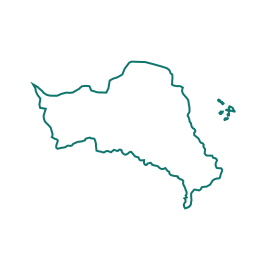 Kunak, Sabah, Malaysia, rotated 11°
{"feature_id": "92858781B10132292463184", "entity_name": "Kunak", "entity_type": "district", "adm_level": 2, "iso_a3": "MYS", "parent_name": "Malaysia", "parent_adm1": "Sabah", "projection": "albers", "projection_center": [118.158, 4.693], "detail": "fine", "context": "isolated", "style": "outline", "palette": "teal", "viewbox_px": 256, "rotation_deg": 11, "n_neighbors": 0, "source": "geoboundaries", "source_scale": "gbopen_adm2", "svg_char_len": 4614}
<svg xmlns="http://www.w3.org/2000/svg" viewBox="0 0 256 256"><g transform="rotate(11 128 128)"><path d="M55.0,151.5L58.4,152.6L60.2,152.8L61.4,153.5L61.5,155.3L61.1,157.0L61.0,158.7L61.0,160.2L61.7,161.3L62.9,161.8L64.4,161.1L66.4,160.1L68.7,159.5L70.4,158.6L71.4,157.3L73.1,156.6L75.0,156.6L76.4,155.7L77.3,153.9L79.0,152.8L81.1,151.3L84.5,150.2L86.3,149.4L88.0,148.4L88.4,146.7L90.7,145.4L92.5,144.7L93.7,145.2L95.2,145.0L96.9,145.0L98.1,146.5L99.6,149.8L100.0,151.9L100.8,154.2L101.4,156.2L103.2,156.5L105.5,156.4L107.3,156.6L109.1,156.6L110.7,155.1L112.3,154.4L114.5,154.8L115.9,155.1L117.0,153.8L118.4,152.1L120.3,152.4L122.3,152.6L122.8,151.7L124.2,150.7L126.0,151.1L126.2,152.1L127.1,153.2L128.3,154.1L129.9,154.7L131.1,154.5L132.7,153.2L134.1,151.4L135.6,150.8L137.1,151.9L139.2,153.6L140.3,154.5L142.3,154.8L143.8,154.8L145.3,157.0L146.8,157.4L149.9,156.5L150.2,158.8L151.1,160.4L152.3,161.0L153.3,160.6L153.9,159.2L155.3,158.6L156.9,157.8L158.0,158.6L158.7,159.5L161.3,159.7L163.3,159.7L165.1,160.1L166.7,161.3L168.5,161.8L170.5,161.5L172.2,160.2L174.0,161.7L175.2,162.6L176.8,163.2L177.5,165.0L178.9,165.9L180.7,166.2L183.0,166.2L185.0,166.0L186.1,166.0L187.0,167.2L186.8,167.4L188.7,168.2L190.1,168.4L191.1,168.5L192.4,169.5L192.6,171.2L192.7,172.2L194.2,174.4L195.3,175.6L196.2,177.4L197.8,179.8L198.1,182.1L197.4,183.2L198.9,185.0L197.8,185.7L196.8,186.3L198.0,187.2L198.6,189.6L197.8,190.9L197.4,192.6L198.1,194.5L199.5,196.0L202.3,194.3L203.5,193.1L203.5,192.7L204.3,191.1L204.1,189.4L204.1,186.8L203.5,184.8L202.9,182.4L202.5,180.2L203.3,178.4L204.9,175.8L206.3,175.6L207.9,175.8L209.9,175.6L211.1,174.4L211.7,172.1L214.7,170.9L216.1,170.7L219.4,167.9L220.4,165.3L221.2,163.3L223.2,161.5L225.2,160.5L226.4,160.3L227.6,159.5L227.8,157.7L227.8,156.0L228.6,152.0L228.4,151.0L227.0,149.8L224.2,150.2L222.6,150.2L221.2,148.2L220.8,146.0L221.6,142.6L219.8,141.0L217.3,141.0L215.9,139.1L214.5,139.3L210.7,140.0L209.7,139.8L208.1,138.3L207.9,136.1L207.7,134.1L206.7,133.1L205.5,131.7L205.5,129.9L204.1,128.7L202.7,128.7L201.3,127.7L200.2,126.1L199.0,124.7L196.6,123.5L194.4,122.3L193.8,120.2L194.6,119.0L194.6,117.8L193.4,116.4L191.8,115.8L190.4,114.8L188.6,111.0L187.4,110.2L186.6,108.0L185.7,106.3L184.2,104.5L184.3,102.8L185.1,101.3L185.2,99.7L184.3,95.8L183.3,93.4L182.0,89.6L180.7,88.0L179.3,86.9L177.1,85.2L175.4,83.8L174.0,81.5L173.9,79.7L174.1,77.9L172.2,77.2L170.5,77.0L168.2,77.6L164.6,77.6L162.8,77.0L162.8,75.2L162.3,73.1L162.2,70.9L161.3,67.1L159.5,66.3L158.4,64.5L157.3,63.1L154.4,61.8L147.9,61.1L140.5,60.5L132.4,60.0L118.7,62.2L116.7,63.7L113.4,70.5L112.2,76.6L108.0,80.2L104.0,82.4L101.0,84.9L101.2,92.9L99.9,97.4L91.5,98.8L88.2,98.5L84.6,98.1L83.5,96.3L82.1,94.3L78.0,94.8L74.7,95.9L72.3,99.1L67.0,103.7L64.1,104.6L60.5,105.1L55.8,107.4L52.2,109.9L45.5,111.1L42.2,111.0L38.4,109.6L37.1,108.3L35.5,107.4L32.5,105.7L31.7,105.1L26.5,103.3L29.5,106.7L30.5,109.5L32.9,112.8L36.3,115.8L36.5,118.0L36.5,121.8L37.9,125.0L43.6,124.8L42.8,131.9L43.6,134.9L45.4,137.7L49.0,140.1L52.0,142.3L55.2,148.6L55.2,151.0L55.0,151.5ZM229.3,91.0L229.1,90.8L228.9,90.6L228.1,90.2L227.7,89.6L227.4,88.8L227.0,88.4L226.1,88.0L225.2,87.7L224.7,87.5L224.0,87.4L223.6,87.3L223.4,87.5L223.6,87.8L223.8,87.9L223.6,88.3L223.3,88.7L223.1,89.1L223.5,89.3L223.7,89.6L223.8,90.0L223.7,90.4L223.2,90.8L223.3,91.2L223.5,91.4L223.5,91.5L222.6,91.4L221.8,91.3L221.1,91.3L221.0,91.6L221.5,91.7L222.0,91.7L222.4,91.8L223.3,92.1L223.7,92.4L224.4,92.0L224.8,91.7L225.2,91.4L225.6,91.6L226.3,91.4L227.1,91.3L227.7,91.4L228.1,91.5L228.6,91.7L229.5,91.4L229.3,91.0ZM214.1,84.3L213.6,84.1L213.2,83.6L212.9,83.2L212.5,83.0L212.0,82.9L211.4,82.9L211.1,83.4L211.2,83.8L211.7,84.2L212.0,84.4L212.3,84.5L212.9,84.5L213.8,84.8L214.1,85.1L214.9,85.4L215.3,85.7L215.7,85.9L216.2,86.6L216.7,86.3L217.1,85.7L216.3,85.1L215.9,85.0L215.7,84.7L215.3,84.4L214.6,84.4L214.1,84.3ZM217.9,93.8L217.5,93.9L217.1,94.1L216.8,94.1L216.3,94.1L216.0,94.1L215.9,94.3L216.1,94.6L216.2,95.2L216.0,95.4L215.2,95.5L214.9,95.9L215.2,96.1L215.6,96.0L216.1,96.0L216.1,96.6L216.6,96.6L216.9,96.2L217.0,95.8L217.1,95.4L217.4,95.2L217.8,95.0L217.9,94.6L217.9,94.3L217.9,93.8ZM222.1,101.4L222.4,101.1L222.6,100.7L222.9,100.5L223.4,100.3L224.0,100.1L224.2,99.4L223.9,99.3L223.2,99.5L222.4,99.7L221.9,99.8L221.6,100.2L221.2,100.3L221.1,100.5L221.1,100.9L221.1,101.3L221.2,101.6L221.4,101.7L222.1,101.4ZM224.1,96.6L224.5,96.5L224.8,96.4L224.5,95.6L224.5,95.2L224.5,94.7L224.5,94.4L224.3,94.1L224.0,94.2L224.0,94.5L224.1,94.9L224.1,95.2L223.6,95.5L223.2,95.5L223.1,95.8L223.4,96.1L223.5,96.4L223.6,96.8L224.1,96.6Z" fill="none" stroke="#0f766e" stroke-width="2"/></g></svg>